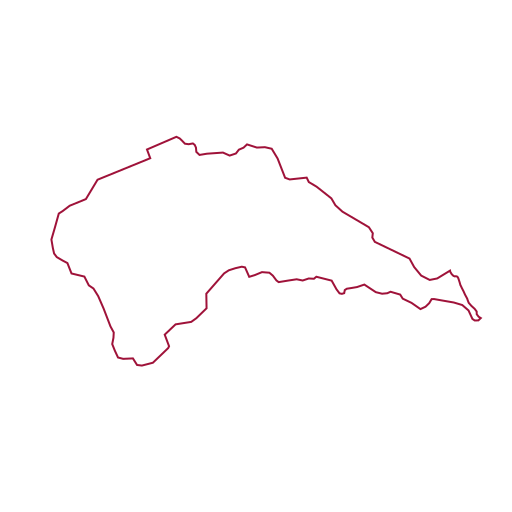 outline of Sarandí Grande, Florida, Uruguay, rotated 159°
{"feature_id": "84410073B88525432493969", "entity_name": "Sarandí Grande", "entity_type": "district", "adm_level": 2, "iso_a3": "URY", "parent_name": "Uruguay", "parent_adm1": "Florida", "projection": "albers", "projection_center": [-56.374, -33.707], "detail": "fine", "context": "isolated", "style": "outline", "palette": "rose", "viewbox_px": 512, "rotation_deg": 159, "n_neighbors": 0, "source": "geoboundaries", "source_scale": "gbopen_adm2", "svg_char_len": 1910}
<svg xmlns="http://www.w3.org/2000/svg" viewBox="0 0 512 512"><g transform="rotate(159 256 256)"><path d="M68.4,117.5L69.9,119.5L70.8,122.5L69.9,125.1L70.8,128.3L72.8,132.3L74.2,136.1L74.2,139.4L74.1,140.4L74.7,145.1L74.9,148.7L75.3,152.3L75.5,155.0L75.6,155.4L75.3,158.8L75.1,162.8L75.4,164.5L76.6,165.5L77.7,165.7L78.8,166.7L79.8,168.9L80.3,171.6L80.1,172.8L94.9,170.1L102.4,171.4L108.8,178.5L112.3,189.0L113.6,198.6L140.0,226.6L140.8,231.5L138.8,235.4L140.3,242.4L159.4,266.4L163.7,274.9L165.0,282.8L174.6,299.0L180.2,306.1L180.6,311.0L197.1,315.4L200.8,318.6L200.9,339.3L202.9,350.5L208.7,354.4L216.3,356.9L224.4,363.4L228.8,361.6L233.9,361.4L238.0,358.9L244.6,359.2L249.8,364.4L265.2,369.1L272.5,370.6L274.4,374.6L273.2,378.7L273.4,381.7L274.6,383.7L278.8,384.5L282.1,386.3L284.0,390.8L285.1,393.1L287.6,395.8L319.6,394.5L319.7,385.2L376.6,384.0L394.4,370.1L411.9,369.7L420.5,367.2L424.9,366.3L433.5,354.7L441.1,344.7L442.8,336.2L443.6,330.7L442.4,326.4L438.1,321.0L434.6,317.0L434.5,305.8L423.6,298.3L422.6,288.5L419.4,283.9L417.7,275.1L417.1,261.4L417.1,242.4L416.2,235.6L418.4,230.7L421.8,225.3L421.7,218.2L421.2,210.7L416.9,207.6L407.6,204.5L406.1,196.9L401.8,194.6L390.5,193.3L371.0,201.5L369.5,202.9L369.4,215.3L355.6,221.0L340.1,217.7L334.0,219.3L320.9,224.9L315.9,238.6L292.0,251.2L286.5,252.4L279.6,252.0L273.1,251.1L270.3,249.3L269.8,239.0L263.9,238.6L256.2,238.8L249.5,235.6L247.3,231.6L245.7,225.9L244.2,223.5L234.6,221.5L226.4,219.7L221.2,216.4L214.8,216.1L210.1,214.0L207.1,215.0L194.2,205.9L192.8,196.1L191.4,191.2L189.4,189.9L187.0,189.7L185.3,192.4L182.9,192.9L178.8,192.0L172.8,190.8L165.1,190.5L157.1,179.3L151.8,175.6L146.8,174.2L143.2,174.4L135.2,168.3L134.3,163.6L127.6,156.5L121.5,147.5L115.9,147.9L111.2,149.9L107.5,152.8L105.2,152.0L98.9,148.2L88.0,141.7L81.0,136.3L77.1,129.0L76.5,119.7L74.9,117.4L71.5,116.2L68.4,117.5Z" fill="none" stroke="#9f1239" stroke-width="2"/></g></svg>